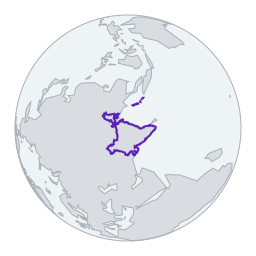 globe centered on India, rotated 243°
{"feature_id": "IND", "entity_name": "India", "entity_type": "country or territory", "adm_level": 0, "iso_a3": "IND", "parent_name": "Asia", "parent_adm1": "", "projection": "orthographic", "projection_center": [83.514, 21.122], "detail": "fine", "context": "on_globe", "style": "outline", "palette": "violet", "viewbox_px": 256, "rotation_deg": 243, "n_neighbors": 0, "source": "natural_earth", "source_scale": "50m", "svg_char_len": 15757}
<svg xmlns="http://www.w3.org/2000/svg" viewBox="0 0 256 256"><g transform="rotate(243 128 128)"><circle cx="128" cy="128" r="113" fill="#eef3f6" stroke="#a8b0b8"/><path d="M169.0,23.1L170.4,23.7L175.4,25.9L171.9,24.4L183.6,30.2L188.9,33.8L181.0,28.8L178.6,27.7L181.3,29.5L179.5,28.8L179.7,29.3L177.3,28.4L172.9,26.0L171.2,25.4L173.2,26.8L172.0,27.0L169.4,25.0L167.1,25.3L159.2,22.0L154.1,18.8L147.7,17.4L139.3,15.9L149.4,17.4L159.3,19.8L169.0,23.1ZM136.5,15.7L136.3,15.7L135.7,15.6L136.5,15.7ZM126.6,15.4L126.4,15.4L128.0,15.4L127.9,15.5L126.4,15.5L124.7,15.4L125.2,15.4L123.9,15.4L126.6,15.4ZM123.4,15.5L123.0,15.5L122.4,15.5L123.4,15.5ZM120.8,15.6L120.6,15.6L117.2,15.9L120.8,15.6ZM179.5,27.9L177.8,27.0L180.1,28.2L179.5,27.9ZM180.2,29.6L181.2,30.1L180.9,30.2L180.2,29.6ZM177.0,29.0L176.1,29.2L176.2,28.6L177.0,29.0ZM175.1,29.0L173.2,29.7L175.3,30.8L168.2,28.3L172.2,28.3L171.9,27.3L173.4,28.4L175.1,29.0ZM129.2,15.4L127.4,15.4L130.3,15.4L129.2,15.4ZM131.0,15.4L139.9,16.0L141.7,16.3L138.4,15.9L141.9,16.5L138.4,16.3L135.7,16.0L135.2,15.8L134.2,15.9L131.0,15.4ZM164.5,26.9L163.4,26.8L163.7,26.5L164.5,26.9ZM128.1,15.5L129.8,15.5L131.5,15.7L128.5,15.8L128.9,15.7L128.1,15.5ZM144.5,16.8L145.2,17.1L142.6,17.0L138.4,16.4L144.5,16.8ZM127.7,15.6L126.9,15.8L124.7,15.8L126.7,15.5L127.7,15.6ZM133.2,15.8L133.8,15.9L132.5,15.8L133.2,15.8ZM116.5,16.4L118.4,16.1L119.5,16.2L116.5,16.4ZM126.8,15.9L127.5,15.9L128.2,16.0L127.2,16.1L126.8,15.9ZM136.9,16.4L135.6,16.4L138.4,16.8L136.5,16.9L134.2,16.3L134.4,16.6L133.8,16.7L132.5,16.2L136.9,16.4ZM128.1,16.5L124.4,16.2L120.6,16.5L119.6,16.4L125.9,16.0L128.1,16.5ZM130.8,16.4L128.9,16.4L128.6,16.2L129.7,16.0L130.8,16.4ZM136.1,17.2L139.6,17.1L140.0,17.3L136.1,17.2ZM127.1,16.6L128.0,16.7L126.8,16.7L127.1,16.6ZM133.4,17.0L134.6,16.9L135.0,17.1L133.4,17.0ZM128.8,17.1L127.6,16.9L128.3,16.7L128.8,17.1ZM131.0,17.1L131.3,17.3L129.3,16.8L131.4,17.0L131.0,17.1ZM133.6,17.2L134.3,17.2L133.1,17.2L133.6,17.2ZM126.8,18.0L124.1,17.4L125.7,16.9L128.1,17.5L126.8,18.0ZM25.9,80.3L36.6,66.9L36.2,70.0L41.9,73.1L42.1,74.7L38.4,79.3L40.2,90.2L44.5,87.0L49.2,94.3L54.3,96.4L61.5,87.3L53.2,83.5L54.8,78.1L63.9,77.1L71.6,80.9L72.5,79.0L70.2,72.9L74.5,70.5L69.6,70.6L69.7,73.0L66.6,73.3L66.4,71.2L68.0,70.3L66.4,68.6L59.4,73.7L58.7,76.7L52.9,75.2L51.2,80.1L48.7,81.5L50.7,73.6L52.5,71.4L54.0,62.3L51.5,64.4L50.0,73.3L49.3,72.1L46.0,75.6L48.0,72.0L50.4,62.2L46.9,61.2L37.9,67.7L36.8,67.0L38.0,63.6L45.8,54.8L47.3,57.6L50.1,55.0L53.7,50.0L53.8,51.4L55.5,49.9L56.5,50.9L61.6,48.7L63.2,49.6L68.9,45.5L70.5,45.5L66.7,47.8L64.8,50.1L69.2,52.9L71.1,52.5L74.5,49.8L75.2,51.1L77.9,48.1L82.2,48.8L79.3,45.6L83.2,42.8L87.7,41.7L88.5,40.4L81.0,42.2L78.5,43.6L77.2,45.6L69.9,49.4L67.6,49.2L73.2,43.5L70.6,42.8L76.1,39.0L93.0,35.4L98.1,36.0L98.9,42.4L95.5,43.7L93.6,41.8L92.0,46.0L93.7,44.4L94.4,45.7L98.3,43.8L98.9,44.7L101.5,41.5L102.7,42.4L101.0,44.3L107.8,42.7L111.3,44.2L112.6,43.4L112.9,42.2L117.1,45.1L117.8,44.5L116.7,43.3L117.4,41.3L120.3,39.0L121.6,40.1L120.7,41.1L120.9,45.0L118.4,47.7L119.2,48.0L121.7,45.9L121.5,41.1L122.9,39.4L123.5,41.6L123.4,40.7L124.5,40.2L126.8,40.9L126.3,38.6L136.5,33.4L142.0,34.7L141.4,36.9L149.9,35.6L155.4,37.8L154.4,36.5L157.8,35.5L156.1,34.8L155.8,34.1L163.7,32.1L166.6,32.7L168.8,31.1L168.3,30.6L166.3,29.9L168.2,28.3L175.3,30.8L176.2,31.9L180.1,33.1L181.5,35.5L184.4,38.2L183.7,40.7L186.1,42.9L187.4,43.2L191.6,46.7L195.9,53.7L186.8,46.8L179.3,37.7L181.9,41.1L179.6,40.1L179.6,41.3L181.5,44.0L182.8,44.4L177.5,48.8L179.0,56.8L182.9,55.9L186.4,58.2L191.5,68.2L188.2,83.2L192.8,87.7L193.8,90.9L191.4,93.2L189.8,88.5L186.4,87.2L185.9,84.4L181.4,87.1L180.5,83.3L177.5,87.5L179.8,90.4L184.1,89.2L181.8,94.9L187.5,99.9L189.3,106.4L183.6,118.9L176.1,123.3L175.8,125.4L172.2,123.3L168.3,127.8L175.7,139.1L175.8,142.6L169.1,149.6L168.8,147.1L159.3,141.5L158.1,149.7L165.3,156.0L167.8,163.6L162.5,161.5L159.9,154.8L156.6,152.6L157.0,145.5L153.4,135.1L148.1,137.3L148.1,133.0L142.3,124.4L134.3,127.2L122.0,138.2L120.9,149.0L116.4,153.4L109.2,137.5L108.2,126.9L104.2,127.5L98.0,117.9L83.3,115.2L82.5,112.2L79.4,113.0L75.2,109.3L74.4,104.5L71.3,104.1L73.9,116.8L77.4,117.3L82.0,113.6L81.9,117.9L86.1,122.5L77.1,131.0L57.3,135.3L57.4,127.1L53.1,102.1L54.4,99.9L54.5,99.6L54.5,99.1L52.0,102.5L52.0,97.8L52.1,114.5L51.2,121.2L57.0,135.7L55.9,136.7L58.4,140.0L69.0,139.6L68.6,142.3L62.3,153.1L49.6,165.5L52.5,176.8L53.6,185.5L48.3,188.8L51.5,195.7L49.2,196.7L50.9,200.3L50.5,203.0L49.0,204.6L43.4,201.1L40.9,197.6L34.8,189.2L25.5,170.2L24.6,163.6L23.1,157.2L19.4,140.7L20.0,133.7L19.6,129.7L18.3,128.9L18.0,124.1L17.5,123.0L15.7,119.0L15.8,118.4L16.7,110.6L18.2,102.8L20.3,95.1L22.8,87.6L25.9,80.3ZM29.4,76.0L28.3,77.8L29.4,76.0ZM77.7,90.5L83.7,92.6L84.6,85.7L87.0,86.0L86.5,83.7L84.7,85.2L83.9,79.0L87.8,78.0L88.9,75.3L87.0,74.5L79.9,77.3L81.0,86.0L78.1,88.2L77.7,90.5ZM63.6,41.4L62.7,42.7L60.5,44.1L58.5,43.9L61.7,41.8L63.6,41.4ZM61.9,44.5L68.0,39.3L69.5,39.6L67.6,40.2L68.0,40.9L65.1,42.3L60.5,47.9L58.2,49.5L55.8,47.6L57.9,47.2L58.7,45.7L61.9,44.5ZM81.1,28.6L83.7,27.2L83.4,29.4L81.0,30.6L78.9,30.2L80.5,28.6L81.1,28.6ZM113.8,16.3L113.3,16.3L112.4,16.4L113.8,16.3ZM110.4,16.7L111.4,16.6L116.5,16.0L122.9,15.5L124.2,15.6L123.5,15.8L122.2,16.0L121.7,15.8L120.3,16.1L118.6,16.0L117.3,16.2L108.3,17.2L109.0,17.0L102.8,18.3L102.4,18.3L110.4,16.7ZM114.2,22.5L114.2,21.5L111.0,23.5L109.3,22.8L109.1,23.1L106.6,23.1L103.2,23.7L102.9,23.3L101.7,23.8L100.0,23.9L98.3,24.4L97.1,23.9L94.8,24.6L95.5,24.0L92.0,25.3L94.1,24.2L92.2,24.5L91.2,25.4L88.9,23.2L86.4,23.6L83.1,24.8L87.1,23.1L92.7,21.1L98.5,19.5L100.4,19.6L101.8,19.0L103.2,18.9L101.5,19.4L104.9,18.6L105.5,18.7L110.7,18.3L115.3,17.4L117.3,17.4L115.8,17.8L118.8,17.5L117.4,18.3L118.8,18.4L118.8,19.4L115.1,20.4L117.0,20.4L117.1,21.4L114.2,22.5ZM126.6,18.3L122.7,19.3L119.8,19.5L121.0,17.7L119.9,17.5L120.6,16.6L124.8,16.4L124.2,16.6L124.6,16.8L123.2,16.8L124.6,17.0L123.9,17.4L124.8,17.7L123.3,17.9L126.6,18.3ZM44.2,73.6L44.8,74.3L46.0,74.9L43.9,77.3L44.2,73.6ZM45.7,66.9L46.4,67.0L44.1,70.4L43.6,69.7L45.7,66.9ZM48.8,64.4L46.6,66.8L47.5,65.1L48.8,64.4ZM67.5,47.9L68.6,48.1L67.9,48.8L66.5,49.6L67.5,47.9ZM104.4,29.4L104.9,28.5L105.7,28.4L108.6,26.8L110.1,27.3L109.0,28.5L104.4,29.4ZM59.0,88.4L56.4,89.6L56.1,88.4L57.1,88.2L59.0,88.4ZM48.9,83.3L50.3,85.7L48.4,83.9L48.9,83.3ZM106.6,29.7L107.6,28.9L107.7,29.7L106.6,29.7ZM111.4,27.6L111.9,28.4L110.7,27.2L111.4,27.6ZM109.3,232.8L111.3,233.7L109.5,233.6L109.3,232.8ZM68.7,188.4L67.4,201.9L63.1,200.8L60.5,196.2L59.8,187.6L64.2,186.3L65.9,182.7L68.7,188.4ZM192.4,178.1L195.2,178.0L195.0,178.5L192.4,178.1ZM189.6,176.9L192.8,176.5L189.0,178.0L189.6,176.9ZM194.1,176.4L197.3,174.9L198.8,173.9L198.4,174.9L194.1,176.4ZM187.4,177.3L174.8,178.7L169.6,177.9L170.9,176.1L179.2,175.7L187.4,177.3ZM170.5,176.1L162.6,171.7L150.9,157.5L155.1,157.6L167.1,165.9L166.4,167.5L171.2,171.0L170.5,176.1ZM189.4,164.7L188.6,169.5L181.7,170.0L178.6,169.6L176.4,163.9L177.6,160.7L180.3,160.5L189.9,148.9L193.4,150.9L190.6,155.7L193.4,159.4L189.4,164.7ZM121.5,150.0L124.3,156.4L121.8,157.4L121.5,150.0ZM193.4,141.0L189.8,146.1L192.9,139.5L193.4,141.0ZM194.9,134.8L195.4,137.2L193.6,135.1L194.9,134.8ZM176.2,128.7L173.4,129.5L173.1,127.8L176.5,125.8L176.2,128.7ZM190.7,112.0L191.4,116.9L191.2,118.7L189.6,115.9L190.7,112.0ZM120.9,35.3L115.1,36.8L111.9,38.7L111.7,40.9L109.5,38.7L114.4,35.7L120.9,35.3ZM134.5,33.4L134.6,31.9L136.2,32.3L136.4,32.8L134.5,33.4ZM133.4,32.6L130.5,31.2L131.7,30.2L133.7,31.5L133.4,32.6ZM118.4,29.9L116.5,30.2L116.5,29.5L118.4,29.9ZM200.4,214.0L202.9,211.3L205.0,209.8L202.0,212.7L200.4,214.0ZM199.2,206.1L180.2,215.7L176.7,215.7L178.9,213.0L178.3,205.9L179.6,205.8L180.4,200.6L192.3,193.8L201.3,183.0L206.4,182.3L211.2,174.5L216.0,173.5L213.7,179.3L217.7,181.2L222.9,168.0L222.8,179.6L224.0,182.6L221.4,189.7L210.0,204.7L205.8,208.6L206.1,207.8L204.1,209.6L202.5,210.1L203.9,206.7L201.8,208.5L204.8,205.0L201.3,208.4L201.5,206.3L199.2,206.1ZM231.9,171.5L232.3,170.4L232.3,170.5L231.9,171.5ZM235.8,160.8L235.7,161.0L236.2,159.5L235.8,160.7L235.8,160.8ZM236.3,155.9L236.6,155.0L236.6,155.4L236.3,155.9ZM199.2,177.3L203.2,173.0L205.2,172.3L199.2,177.3ZM236.3,154.8L235.8,155.2L236.0,154.4L236.3,154.8ZM236.5,153.1L236.6,152.2L236.6,154.2L236.5,153.1ZM235.8,151.9L236.3,153.0L235.7,152.2L235.8,151.9ZM235.4,152.5L235.0,152.2L235.0,151.8L235.4,152.5ZM228.1,158.3L230.1,162.8L228.0,163.7L225.9,161.3L223.4,165.6L218.3,166.9L219.7,164.4L219.2,161.4L213.4,161.8L212.2,160.0L214.5,158.0L210.4,157.4L214.9,155.3L216.5,159.2L219.0,155.0L222.9,154.6L226.4,154.7L228.8,156.7L228.1,158.3ZM214.5,164.9L215.3,164.7L214.5,166.1L214.5,164.9ZM234.1,150.6L234.7,152.1L234.6,152.7L234.2,152.7L234.1,150.6ZM229.4,155.7L232.2,150.8L232.7,150.5L230.8,155.5L229.4,155.7ZM231.7,148.8L232.8,148.6L233.3,150.3L233.0,151.0L231.7,148.8ZM205.4,163.1L205.2,164.4L203.9,163.7L205.4,163.1ZM207.0,162.1L210.6,162.5L206.7,163.2L207.0,162.1ZM195.3,160.1L196.4,162.8L200.1,160.3L197.3,163.5L199.6,167.7L198.7,169.7L196.4,165.0L195.3,170.4L193.7,170.6L192.9,166.2L194.7,160.4L196.4,157.8L202.9,155.7L195.3,160.1ZM207.1,158.6L206.1,155.4L206.8,153.0L207.9,154.5L207.1,158.6ZM202.8,147.9L199.9,144.4L197.4,146.4L202.1,140.0L204.3,144.3L202.8,147.9ZM199.9,139.6L197.7,141.4L199.8,137.8L199.9,139.6ZM196.9,140.2L196.4,137.5L198.3,137.5L196.9,140.2ZM201.2,139.5L201.2,134.8L202.4,137.3L201.2,139.5ZM194.9,131.5L199.5,135.3L194.0,134.3L192.6,125.3L194.8,124.7L194.9,131.5ZM200.1,93.4L198.9,91.0L200.6,90.1L200.9,92.0L200.1,93.4ZM205.0,85.7L200.6,89.1L196.9,92.2L198.6,93.1L198.8,97.5L195.6,93.9L197.4,88.7L200.4,87.2L199.8,83.7L201.3,80.9L199.2,76.8L199.6,74.7L202.3,78.1L205.0,85.7ZM198.2,75.1L195.2,67.9L198.9,68.2L200.4,69.9L200.3,72.9L198.3,72.5L198.2,75.1ZM195.6,66.3L193.7,66.0L185.2,56.5L184.3,54.7L192.8,61.6L191.4,61.7L192.8,64.1L195.6,66.3ZM164.3,27.4L163.5,26.9L164.7,27.2L164.3,27.4ZM154.8,33.8L154.7,33.0L156.2,33.3L154.8,33.8ZM155.2,31.0L153.6,31.2L154.7,30.5L155.2,31.0ZM150.1,31.9L152.7,31.1L151.0,32.5L150.1,31.9Z" fill="#d9dde1" stroke="#a8b0b8" stroke-width="1"/><path d="M100.7,121.3L101.1,121.2L101.7,121.2L101.8,120.6L102.0,120.6L103.2,120.7L103.6,121.0L104.0,120.9L104.9,120.6L105.0,120.6L105.0,120.9L105.2,121.0L105.9,120.7L105.8,120.3L105.9,120.1L105.4,118.6L105.4,118.2L104.7,118.0L104.5,117.6L104.7,116.4L103.7,115.9L103.8,115.2L104.5,114.5L105.0,113.8L105.4,113.5L105.8,113.7L105.9,114.1L106.0,114.2L107.9,113.8L108.1,113.4L108.4,113.1L108.9,112.4L109.9,111.9L110.5,110.9L110.8,110.2L111.6,109.9L111.8,109.7L111.8,109.3L112.6,108.4L113.1,108.2L112.9,107.9L113.1,107.4L113.0,106.9L113.1,106.7L114.4,106.0L114.3,105.7L113.4,105.4L113.4,104.9L112.9,104.8L112.9,104.4L112.4,104.0L112.7,103.4L112.5,103.0L113.0,102.6L112.4,102.3L112.6,102.0L112.3,101.7L112.6,101.2L113.2,101.0L115.4,101.6L116.0,101.3L116.8,101.2L117.5,100.8L117.6,100.6L118.9,99.9L119.3,99.9L119.2,100.4L119.6,101.6L120.2,101.8L120.6,102.2L120.6,102.4L120.2,102.8L120.3,103.7L120.8,104.4L120.7,104.6L120.9,104.8L120.9,105.7L120.4,105.9L120.0,105.5L119.5,105.6L119.7,106.2L120.0,106.7L120.0,107.1L120.1,107.4L120.0,107.6L120.0,107.9L120.4,107.9L120.5,107.8L121.2,108.6L121.7,108.7L122.3,109.0L122.4,109.5L123.2,109.8L123.7,110.3L122.7,111.1L122.4,111.7L122.4,112.1L122.1,112.5L122.1,112.8L122.7,113.3L123.0,113.2L125.1,114.8L125.3,114.7L126.2,115.1L126.5,115.1L126.6,115.4L127.6,115.7L127.9,115.6L128.6,115.7L129.0,115.5L129.9,115.9L130.1,116.4L130.8,116.7L131.0,116.9L131.6,116.8L131.8,116.9L132.0,117.2L132.4,117.1L133.6,117.5L134.2,117.3L134.3,117.5L134.6,117.6L134.9,117.5L135.6,117.5L135.9,117.6L136.2,116.9L135.8,116.1L136.1,114.9L136.0,114.6L136.8,114.2L137.2,114.3L137.3,114.6L137.1,115.3L137.4,115.7L137.1,116.0L137.4,116.4L137.9,116.6L138.2,116.6L139.0,116.8L139.6,116.7L140.0,116.4L140.6,116.6L141.6,116.5L141.8,116.4L142.3,116.5L142.8,116.4L142.9,116.2L142.8,115.9L142.9,115.5L142.7,115.2L142.3,115.2L142.0,115.0L142.1,114.6L142.7,114.6L142.9,114.5L143.6,114.3L143.9,114.1L143.8,113.9L144.4,113.4L144.7,112.8L145.6,112.5L145.9,112.2L146.0,112.0L146.9,111.3L147.2,111.5L148.3,111.7L148.4,111.4L149.3,110.9L149.6,111.2L149.8,111.2L149.5,111.5L149.5,111.9L150.0,111.6L150.3,112.1L149.9,112.8L150.1,112.9L150.4,112.7L150.7,112.8L151.2,112.8L151.7,113.1L151.8,113.6L151.1,114.3L151.6,115.2L151.3,115.2L150.9,114.9L150.0,115.1L148.3,116.5L148.2,117.0L148.4,117.6L148.1,118.3L147.5,119.1L147.5,119.3L147.8,119.6L147.2,121.1L147.0,122.0L146.2,121.7L145.8,121.8L145.5,121.7L145.7,122.4L145.7,123.5L145.4,123.7L145.3,124.3L145.5,125.3L145.3,125.4L145.1,125.8L144.7,125.5L144.5,125.8L144.2,124.5L144.0,124.0L143.7,122.5L143.1,122.6L143.1,122.9L142.8,123.4L142.8,123.8L142.6,124.0L142.4,123.9L142.3,123.6L142.2,123.6L142.2,123.8L141.7,122.8L141.8,122.2L142.1,121.8L142.9,121.6L143.1,121.2L143.3,121.1L143.5,120.2L143.9,120.2L143.1,119.6L140.3,119.8L139.2,119.6L139.1,118.3L138.8,117.8L138.7,117.9L138.6,118.2L138.3,118.2L138.0,118.0L137.7,117.5L137.6,117.8L137.4,117.8L137.1,117.7L137.0,117.4L136.5,117.2L136.5,117.3L136.7,117.6L136.2,118.1L136.1,118.5L136.8,119.2L137.3,119.3L137.7,119.7L137.4,119.9L136.8,119.9L136.6,120.5L136.3,120.4L136.1,121.0L136.3,121.3L137.3,121.7L137.3,122.2L137.1,122.8L137.4,123.3L137.4,123.7L137.8,123.8L137.6,124.1L138.1,125.6L138.0,126.2L137.9,126.2L138.1,126.8L137.8,126.8L137.7,126.6L137.6,126.9L137.4,126.6L137.5,126.1L137.3,125.9L137.3,126.8L137.0,126.9L136.7,126.6L136.7,126.9L136.4,126.9L136.5,125.9L136.1,125.6L136.0,125.4L136.1,125.7L136.5,125.9L136.1,126.5L135.6,126.9L134.6,127.2L134.1,127.7L134.1,128.0L134.4,128.8L134.0,129.5L133.5,129.8L133.3,130.1L133.0,130.1L133.0,130.4L131.8,130.8L131.7,130.8L131.8,130.7L131.7,130.4L131.2,130.7L131.1,131.0L131.4,130.8L131.6,130.9L130.3,131.9L129.1,133.6L128.3,134.0L127.4,134.9L125.8,135.9L125.7,136.2L125.8,136.5L125.6,137.0L124.7,137.4L123.8,137.4L123.2,138.5L122.9,138.5L122.8,138.3L122.6,138.2L121.9,138.6L121.5,139.3L121.4,139.8L121.7,141.0L121.5,141.5L121.9,142.9L121.6,142.5L121.4,142.7L121.9,143.2L121.7,144.5L121.0,145.8L120.8,146.6L120.8,146.8L120.6,147.1L120.8,147.1L120.9,147.3L120.9,149.0L120.3,149.0L119.9,149.1L119.8,149.6L119.1,150.4L119.1,150.7L119.3,150.9L120.0,151.2L119.2,151.0L118.1,151.3L117.7,151.7L117.4,152.7L116.4,153.2L115.5,152.7L114.5,151.5L114.1,150.5L114.0,149.5L114.2,150.3L114.4,150.3L114.2,149.6L113.9,149.2L113.0,146.7L112.7,146.0L112.1,145.3L111.6,144.3L111.3,143.3L111.2,142.1L110.7,140.5L109.9,139.3L109.7,138.7L109.9,138.7L109.6,138.3L109.8,138.2L109.5,138.1L108.9,136.5L108.7,134.2L108.3,132.2L108.6,131.5L108.5,131.2L108.3,131.6L108.2,131.3L108.3,130.9L108.6,131.0L108.2,130.8L108.3,130.5L108.1,130.4L108.1,129.9L108.6,128.2L108.5,127.4L108.3,127.2L108.2,126.8L108.4,126.6L108.2,126.7L109.1,126.1L108.1,126.2L108.2,125.8L108.4,125.7L108.1,125.6L108.2,125.3L108.6,125.2L107.5,125.0L107.7,125.4L107.2,125.9L107.5,126.1L107.5,126.5L107.1,127.2L105.2,127.9L104.7,127.8L104.3,127.6L103.5,126.8L102.2,125.1L101.8,124.5L102.0,124.2L102.4,124.6L104.0,124.1L104.7,123.3L104.6,123.2L104.4,123.4L104.0,123.4L103.1,123.7L102.4,123.5L101.4,122.7L101.1,121.9L101.8,121.4L100.8,121.8L100.7,121.3ZM145.7,146.2L145.3,145.6L145.5,145.0L145.7,144.9L145.6,144.3L145.8,142.7L145.9,142.4L146.2,142.3L146.2,142.6L146.2,142.9L145.9,143.5L146.0,143.7L146.1,144.3L145.9,144.5L145.9,144.9L145.7,145.4L145.8,145.6L145.7,146.2ZM148.2,154.9L148.0,155.3L147.7,154.8L147.7,154.5L148.0,154.4L148.2,154.9ZM145.3,148.2L145.0,148.2L145.0,147.8L145.3,147.5L145.4,147.9L145.3,148.2ZM147.2,153.2L147.1,152.9L147.2,153.2ZM147.4,152.9L147.3,152.5L147.4,152.9ZM147.8,154.2L147.6,154.4L147.7,154.1L147.8,154.2ZM146.0,150.8L145.8,150.8L145.9,150.7L146.0,150.8ZM145.6,146.5L145.4,146.5L145.5,146.3L145.6,146.5ZM146.2,145.2L146.3,145.5L146.1,145.3L146.2,145.2ZM146.6,152.3L146.7,152.6L146.6,152.3ZM145.6,143.5L145.5,143.8L145.5,143.5L145.6,143.5Z" fill="none" stroke="#5b21b6" stroke-width="2"/></g></svg>